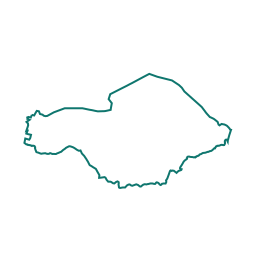 the district of Huiloapan de Cuauhtémoc, Veracruz, Mexico, rotated 199°
{"feature_id": "50627088B60002798867567", "entity_name": "Huiloapan de Cuauhtémoc", "entity_type": "district", "adm_level": 2, "iso_a3": "MEX", "parent_name": "Mexico", "parent_adm1": "Veracruz", "projection": "mercator", "projection_center": [-97.133, 18.816], "detail": "fine", "context": "isolated", "style": "outline", "palette": "teal", "viewbox_px": 256, "rotation_deg": 199, "n_neighbors": 0, "source": "geoboundaries", "source_scale": "gbopen_adm2", "svg_char_len": 5110}
<svg xmlns="http://www.w3.org/2000/svg" viewBox="0 0 256 256"><g transform="rotate(199 128 128)"><path d="M125.5,186.1L130.4,180.9L139.1,171.5L140.3,170.3L142.9,167.5L147.2,163.1L155.8,154.2L155.7,149.9L155.7,149.0L151.4,146.2L150.6,141.0L150.3,139.5L153.7,137.4L155.4,136.4L162.0,133.9L164.8,133.5L166.7,133.3L168.2,133.1L169.9,132.8L170.6,132.7L172.9,132.4L175.4,132.1L177.6,131.8L181.1,130.6L185.1,129.2L187.7,128.3L191.5,127.0L194.2,126.1L203.2,118.7L208.3,113.1L210.0,112.3L211.8,112.2L213.1,112.8L215.6,112.6L215.8,112.6L216.8,113.8L217.7,114.8L219.8,114.5L220.1,113.3L220.3,112.0L220.4,111.8L220.8,109.3L223.3,109.1L223.2,109.1L223.3,106.3L225.7,106.0L225.8,106.0L225.9,105.9L226.1,105.6L226.3,105.5L226.7,105.2L226.6,104.9L226.4,104.7L226.2,104.5L226.1,104.0L225.6,104.2L225.1,103.7L224.5,103.6L224.2,103.6L223.8,103.6L225.3,101.6L226.0,100.7L225.6,100.4L224.4,100.0L224.1,99.8L223.8,99.1L223.3,98.2L223.2,95.7L223.2,94.9L223.2,91.9L222.1,92.6L222.1,92.2L222.2,90.2L222.3,89.6L222.1,89.6L219.9,89.7L219.3,89.8L217.5,90.0L217.2,87.1L217.2,86.7L217.2,86.4L217.6,84.8L219.5,84.7L221.7,84.6L221.4,82.5L221.1,80.2L218.8,79.4L217.7,79.7L217.4,79.4L216.9,79.5L216.4,79.6L216.2,79.6L215.8,79.7L215.7,79.8L215.4,79.8L214.9,79.8L214.6,79.9L214.3,80.0L214.0,79.9L213.9,79.8L213.6,79.7L213.3,79.7L213.3,79.8L213.1,79.9L212.8,80.1L212.5,80.1L212.1,80.3L211.7,80.4L211.4,80.5L211.1,80.5L210.8,80.5L210.4,80.4L210.1,80.1L209.9,79.9L209.6,79.7L209.5,79.4L209.4,79.2L209.5,79.0L209.5,78.8L209.3,78.5L209.1,78.3L208.9,78.0L208.7,77.8L208.6,77.6L208.5,77.4L208.2,77.0L207.9,76.8L207.5,76.3L207.2,75.8L206.9,75.5L206.5,75.4L205.9,75.4L204.9,75.5L204.4,75.5L203.4,75.4L201.7,75.4L201.3,75.6L200.6,76.0L199.6,76.5L198.7,76.9L198.2,77.2L197.7,77.2L196.7,77.2L195.8,77.3L194.9,77.6L194.5,77.8L194.2,78.0L193.7,78.7L193.3,78.9L192.5,78.9L191.1,78.8L190.7,79.0L190.0,79.2L189.2,79.5L188.7,79.6L188.1,79.8L187.8,79.9L187.6,80.0L187.3,80.3L186.7,81.0L186.1,81.4L185.5,82.0L185.1,82.3L184.3,83.1L183.4,83.8L182.3,85.9L180.6,88.2L180.3,88.9L179.3,90.0L178.6,90.7L177.7,91.6L176.3,91.9L173.9,91.9L172.1,91.6L168.9,90.7L167.0,90.5L166.2,90.9L165.6,91.3L163.3,88.9L161.8,88.1L160.4,87.4L158.7,86.1L157.2,85.0L156.3,84.2L154.9,83.1L153.5,81.7L152.1,80.4L150.2,80.1L148.4,79.6L145.1,78.9L142.9,76.9L139.7,74.1L139.1,71.5L138.6,71.7L137.3,72.3L134.2,73.9L133.1,73.7L131.3,72.0L129.2,70.8L127.3,71.5L126.3,71.5L124.2,70.9L122.9,71.1L121.6,73.2L120.5,74.1L119.3,73.8L118.8,72.9L118.6,71.6L117.1,68.8L116.0,68.7L113.7,70.0L111.4,70.8L110.2,73.5L109.7,74.0L109.2,74.6L108.0,75.2L106.3,74.7L105.1,74.8L101.9,77.4L100.0,77.4L97.8,76.6L96.8,76.8L96.0,78.1L95.2,79.3L94.1,80.2L93.0,80.5L92.3,80.6L91.1,81.4L90.6,81.6L88.7,82.9L87.8,83.2L86.8,83.5L85.6,83.6L84.5,83.8L84.0,84.1L83.6,85.5L83.1,86.0L82.1,86.0L81.3,85.9L79.6,84.9L78.6,84.7L78.1,85.2L77.7,86.3L76.1,87.2L74.4,87.7L74.2,89.2L74.6,90.4L75.0,90.9L74.7,91.8L74.4,93.0L74.3,97.1L74.3,100.2L74.2,101.3L74.0,101.6L73.8,101.8L73.6,101.8L73.4,101.8L72.8,101.6L72.6,101.8L72.3,102.1L72.0,102.3L71.6,102.3L71.2,102.4L70.7,102.5L70.1,102.3L69.9,102.2L68.7,101.8L67.8,101.5L67.7,101.5L67.5,101.4L66.8,102.8L66.2,103.9L65.5,104.4L64.5,105.2L64.1,105.5L63.9,105.9L63.9,106.5L64.7,106.4L65.0,106.4L65.3,106.5L65.6,106.7L65.7,106.8L65.8,107.4L65.7,108.3L65.5,109.1L65.4,109.4L65.2,110.2L65.0,111.1L64.8,112.1L64.6,113.2L64.5,114.0L64.2,114.8L63.9,115.5L63.5,116.2L63.0,116.8L62.5,117.6L62.2,118.0L62.2,118.4L62.4,118.6L62.5,118.7L62.4,118.9L62.5,119.4L62.5,119.7L62.3,120.2L61.4,120.7L61.0,120.9L60.6,120.9L59.9,120.9L59.1,121.1L58.3,121.3L57.9,121.4L57.6,121.5L57.2,121.6L56.8,121.6L56.4,121.6L56.0,121.7L55.7,122.0L55.4,122.0L54.8,122.1L54.7,122.6L54.3,122.7L54.2,122.9L54.1,123.2L54.0,123.6L53.4,123.9L53.0,124.1L52.9,124.4L52.6,124.7L52.3,124.8L52.1,125.1L51.9,125.4L51.8,125.8L51.7,126.2L51.4,126.5L50.9,126.8L50.6,127.0L50.1,127.5L49.6,128.2L49.0,128.8L47.9,129.3L46.7,129.9L44.9,131.4L44.3,131.6L44.1,131.7L43.2,132.7L42.0,133.3L41.6,133.8L41.1,134.4L40.6,135.4L39.9,136.7L39.3,137.0L39.5,137.3L39.3,137.5L39.0,137.8L38.9,138.2L38.9,138.8L38.9,139.0L38.7,139.3L38.4,139.4L38.1,139.9L37.8,140.3L37.2,140.3L36.9,140.5L36.6,140.8L35.8,141.1L35.1,141.8L34.8,142.1L34.5,142.3L34.2,142.5L33.8,142.6L33.4,142.7L33.0,142.8L32.6,142.8L32.2,142.9L31.9,143.0L31.5,143.2L31.4,143.6L31.3,144.0L31.3,144.4L31.3,144.8L31.3,145.2L31.4,145.5L31.6,145.9L31.9,146.2L31.9,146.6L32.1,146.9L32.2,147.3L32.1,147.7L32.1,148.1L31.9,148.5L31.7,148.8L31.4,149.0L31.0,149.1L30.6,149.1L30.3,148.8L30.0,148.6L29.8,148.2L29.6,147.9L29.3,147.6L29.6,148.8L29.6,150.1L29.7,150.4L29.7,151.0L29.9,154.1L30.0,159.7L30.0,159.8L30.8,159.7L31.2,160.0L31.7,160.5L32.1,160.7L33.1,161.3L33.7,161.6L35.1,162.3L36.1,162.5L37.9,162.7L39.9,162.4L40.8,162.3L42.3,160.3L43.5,160.7L43.8,161.1L45.3,163.0L46.2,163.3L47.0,163.6L48.7,164.2L50.0,164.6L53.4,165.0L54.2,165.0L55.6,165.8L58.5,167.4L58.6,167.5L59.8,168.2L60.1,168.5L63.4,170.7L65.0,171.8L67.3,172.8L75.9,176.4L84.0,179.8L86.6,180.9L90.2,183.6L92.0,184.4L93.8,185.2L101.9,187.3L115.8,186.1L117.0,186.0L125.3,186.1L125.5,186.1Z" fill="none" stroke="#0f766e" stroke-width="2"/></g></svg>